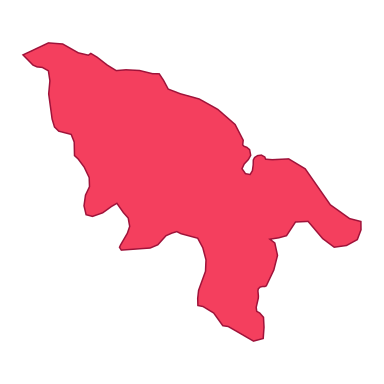 map outline of Oubritenga (Natural Earth projection)
{"feature_id": "BFA-2816", "entity_name": "Oubritenga", "entity_type": "Province", "adm_level": 1, "iso_a3": "BFA", "parent_name": "Burkina Faso", "parent_adm1": "", "projection": "natural_earth1", "projection_center": [-1.281, 12.591], "detail": "fine", "context": "isolated", "style": "filled", "palette": "rose", "viewbox_px": 384, "rotation_deg": 0, "n_neighbors": 0, "source": "natural_earth", "source_scale": "10m", "svg_char_len": 1534}
<svg xmlns="http://www.w3.org/2000/svg" viewBox="0 0 384 384"><path d="M334.2,247.2L322.7,238.6L308.1,221.4L295.5,222.0L286.5,235.7L278.8,237.8L269.9,239.2L274.8,243.0L277.5,255.4L273.8,270.0L266.3,285.8L264.9,286.5L262.6,286.5L260.2,287.0L258.3,288.8L257.9,290.9L258.4,296.0L258.3,298.2L256.2,307.3L256.7,311.3L259.7,313.0L263.5,317.3L264.0,327.3L263.3,337.2L263.2,338.5L253.5,341.1L228.2,326.5L222.8,325.7L213.7,313.0L203.0,306.5L197.9,305.5L197.7,298.4L198.6,290.3L205.5,271.3L206.0,259.9L202.8,247.7L197.7,238.2L181.0,233.7L176.8,231.6L171.9,233.1L166.0,235.7L157.8,244.8L150.2,248.0L121.3,250.1L119.5,247.3L120.6,244.9L127.4,233.2L129.7,226.4L128.2,218.0L123.4,212.6L116.9,203.3L111.4,206.5L102.7,212.8L92.5,216.4L86.1,214.7L84.0,205.8L85.5,195.1L89.5,186.7L89.2,177.6L84.2,167.1L78.1,158.9L74.5,155.6L74.2,142.0L71.2,134.4L58.8,131.2L54.5,127.0L52.1,119.0L48.7,93.9L49.9,80.8L48.4,70.8L42.3,67.4L37.1,66.9L33.0,65.1L23.0,54.9L48.4,42.9L62.7,44.0L78.2,52.8L88.4,55.2L90.8,53.4L97.1,57.2L107.1,65.0L116.2,70.6L126.0,69.8L139.5,70.5L152.5,73.7L159.2,73.8L163.5,80.3L168.2,89.1L180.1,93.7L199.2,99.0L217.8,109.4L235.1,124.5L243.2,140.2L242.7,144.9L244.0,146.3L246.8,147.3L249.6,149.7L250.7,155.3L248.4,159.5L244.2,164.0L242.0,168.7L245.5,173.7L250.1,174.5L252.4,170.7L253.2,164.9L253.3,160.0L254.6,157.5L257.6,155.6L261.4,155.1L264.8,157.0L265.6,159.2L272.3,159.7L288.7,158.9L305.2,168.8L330.3,204.8L349.6,218.6L360.9,221.5L361.0,229.8L357.3,239.6L346.5,245.5L334.2,247.2Z" fill="#f43f5e" stroke="#9f1239" stroke-width="1.5"/></svg>